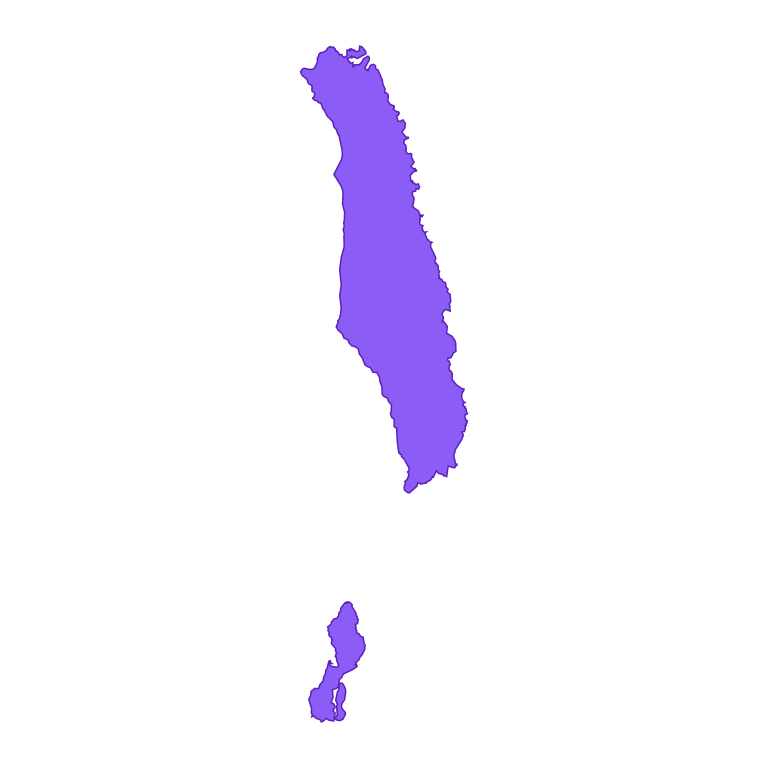 Ranongga-Simbo, Western, Solomon Islands
{"feature_id": "97153195B5229435776265", "entity_name": "Ranongga-Simbo", "entity_type": "district", "adm_level": 2, "iso_a3": "SLB", "parent_name": "Solomon Islands", "parent_adm1": "Western", "projection": "natural_earth1", "projection_center": [156.559, -8.122], "detail": "fine", "context": "isolated", "style": "filled", "palette": "violet", "viewbox_px": 768, "rotation_deg": 0, "n_neighbors": 0, "source": "geoboundaries", "source_scale": "gbopen_adm2", "svg_char_len": 6040}
<svg xmlns="http://www.w3.org/2000/svg" viewBox="0 0 768 768"><path d="M467.5,413.7L466.2,411.6L466.3,409.2L465.0,408.0L465.3,407.0L462.9,405.6L463.7,403.0L465.0,402.6L462.8,400.8L461.7,397.7L461.8,393.7L462.6,392.7L462.4,391.8L463.6,390.9L464.0,389.0L461.9,388.6L456.5,384.9L452.0,379.3L452.3,373.7L451.1,371.3L449.6,370.7L449.0,368.9L449.1,366.3L450.3,364.6L449.3,361.6L447.5,359.9L448.2,358.0L449.7,358.3L451.3,357.2L453.4,352.8L455.9,351.4L455.7,343.2L454.8,340.3L451.9,336.2L446.6,333.2L447.3,326.4L443.3,320.9L441.9,322.2L443.6,318.0L442.0,314.3L443.1,311.8L445.5,309.4L450.2,311.1L449.7,307.9L450.0,306.0L449.1,304.1L450.7,301.8L450.2,294.5L447.3,292.2L448.1,289.2L446.1,287.1L445.4,282.7L443.1,281.7L441.6,279.3L438.8,278.3L439.5,277.3L438.6,273.1L439.6,271.6L438.1,269.3L438.3,266.2L436.1,263.2L435.5,263.5L434.8,261.0L435.8,258.5L435.5,257.2L430.5,246.6L430.9,243.1L432.0,242.4L429.0,241.2L428.5,239.9L427.3,239.9L424.9,233.3L426.3,231.9L424.3,232.2L423.3,231.4L422.1,227.7L423.0,225.7L420.3,224.7L419.7,223.3L419.7,220.8L420.3,219.9L419.9,216.1L422.1,216.8L423.0,215.2L420.1,215.0L418.4,211.0L413.4,207.4L412.8,205.8L414.1,198.9L413.6,197.0L412.3,195.5L412.4,192.5L413.1,191.6L415.6,191.1L416.1,188.5L418.4,189.3L419.5,187.5L418.4,183.9L415.6,184.5L414.6,183.3L412.7,182.9L412.8,181.3L412.2,180.7L411.2,181.5L410.3,178.1L410.4,175.4L412.3,173.0L414.8,170.9L415.7,171.4L416.5,170.8L415.3,168.6L414.3,169.1L410.8,166.5L414.1,162.4L411.4,156.9L411.8,154.3L410.4,153.4L408.4,153.9L406.8,153.1L405.7,150.2L406.4,148.8L405.7,145.2L403.8,143.6L404.4,139.9L408.5,138.1L408.1,137.2L406.1,137.2L401.9,132.3L404.9,127.8L405.3,123.3L403.0,119.9L401.3,120.6L401.0,121.6L397.8,120.8L396.7,115.7L398.4,115.1L399.2,113.1L398.4,111.8L396.3,111.5L393.2,109.1L394.2,107.8L394.1,105.9L390.3,104.5L387.5,100.3L388.4,97.7L388.0,94.5L386.7,93.0L384.5,92.7L385.2,89.2L383.0,84.6L382.2,79.8L378.1,70.1L375.8,68.8L375.4,65.6L373.5,64.3L370.3,65.3L368.0,70.7L367.4,69.5L366.1,69.7L365.0,67.8L369.1,60.3L369.4,58.5L368.7,56.4L367.0,56.3L366.3,57.4L363.7,58.5L362.2,61.6L359.3,64.6L354.3,64.9L353.6,65.3L353.6,66.8L352.9,66.4L353.4,65.7L352.7,64.7L352.9,62.5L350.5,63.3L349.5,61.5L348.4,61.5L348.6,60.5L347.2,58.3L350.9,57.5L351.5,56.5L352.0,57.8L353.4,56.6L357.3,58.5L365.9,53.8L365.7,51.3L362.2,47.1L359.7,46.1L359.3,50.4L357.4,51.6L355.0,51.2L354.2,49.8L353.0,50.3L351.5,48.6L350.4,49.3L350.7,50.6L349.8,50.6L349.2,49.4L348.5,50.3L346.9,50.2L347.0,55.8L344.0,57.4L341.8,55.5L341.9,54.5L339.3,54.8L338.8,53.1L336.5,50.8L335.7,50.9L335.2,48.9L333.2,47.0L331.3,47.5L330.2,46.5L327.1,48.5L327.3,49.8L323.7,52.1L320.4,52.8L318.8,54.3L318.6,56.3L317.4,57.9L317.4,62.1L314.4,68.1L313.1,69.1L309.7,69.5L304.3,68.3L302.3,69.2L300.5,71.7L301.9,75.2L306.9,79.3L308.5,83.7L311.5,85.3L312.0,86.4L311.9,90.9L314.3,92.8L314.7,94.0L314.1,97.2L312.9,97.6L312.8,98.5L315.0,100.5L317.4,100.8L318.1,102.4L320.3,103.1L321.5,104.4L322.8,108.7L323.9,109.5L327.4,116.4L332.7,121.5L334.0,127.1L336.3,129.5L338.2,134.9L339.0,135.4L342.1,150.1L342.4,155.4L341.5,159.5L333.9,174.4L340.7,185.3L342.5,189.7L343.1,194.0L342.5,203.7L344.6,212.3L344.3,220.6L343.7,222.5L344.2,226.1L343.2,229.9L344.3,234.0L343.9,236.4L344.2,246.8L341.4,256.8L339.7,269.7L341.3,285.5L339.7,295.2L341.2,307.3L340.5,314.8L339.0,319.6L337.9,320.5L337.8,323.0L336.2,326.8L338.2,330.2L342.4,334.0L343.8,337.9L348.4,340.2L348.7,342.3L351.6,345.7L355.9,347.0L358.2,349.0L359.4,354.0L362.3,358.0L364.9,364.7L367.2,366.5L370.3,367.5L372.9,372.2L376.9,372.6L379.2,376.6L380.0,381.7L381.9,386.6L382.2,394.4L384.1,396.7L387.2,397.9L388.4,401.2L391.5,404.9L391.2,411.9L390.4,413.3L391.7,417.5L394.3,419.2L394.0,426.5L396.6,428.2L397.4,443.0L398.9,453.1L401.4,454.9L401.5,456.6L404.3,459.3L409.1,468.2L409.0,470.6L407.5,471.9L408.6,473.6L408.5,476.5L406.4,480.4L405.2,481.2L405.7,481.3L404.1,487.7L404.5,490.0L407.7,492.6L409.6,492.8L417.0,486.1L417.9,482.7L421.7,484.2L423.7,483.1L425.9,483.3L426.6,482.1L430.5,480.1L431.9,477.7L432.9,477.5L432.6,476.8L433.5,476.8L436.3,470.9L438.7,473.4L442.4,474.4L444.4,476.2L445.6,475.6L446.7,476.5L448.1,466.1L453.7,467.8L455.0,467.5L455.8,465.3L456.8,465.5L456.9,464.3L456.3,464.5L455.5,463.2L453.7,455.7L455.7,449.1L461.2,440.4L463.4,435.3L461.8,431.9L464.4,431.6L465.3,429.2L465.1,425.9L466.3,425.6L465.9,424.1L467.1,422.9L466.4,421.3L467.3,420.9L465.5,419.4L464.8,416.2L465.1,415.0L467.5,413.7ZM365.3,645.8L363.9,642.6L363.2,637.2L360.6,636.3L358.8,633.5L356.7,633.3L356.8,630.8L355.5,628.8L356.2,627.8L355.4,624.9L357.7,623.0L358.2,619.3L357.0,618.0L357.1,616.4L356.5,616.2L355.7,612.7L351.9,606.5L352.2,604.8L349.7,602.2L347.4,601.9L347.5,602.9L345.2,603.5L346.8,602.1L344.8,602.9L340.7,608.4L340.5,611.0L338.6,613.4L338.8,615.1L336.9,618.2L333.9,619.0L331.6,621.7L331.1,624.2L327.6,626.9L328.3,628.1L328.0,630.9L329.3,632.6L328.7,634.5L330.0,636.8L331.2,636.7L331.6,639.5L332.3,639.5L331.4,642.3L331.6,643.9L335.6,648.6L335.5,650.9L336.5,652.7L335.2,656.6L336.6,657.5L336.5,660.0L338.7,665.8L337.2,667.2L332.1,666.5L330.3,665.5L329.3,663.9L329.5,662.2L329.5,663.5L331.8,663.5L330.5,662.6L330.4,660.8L328.8,661.2L327.1,668.5L325.9,669.9L325.3,673.8L323.7,677.1L323.1,681.0L319.9,684.6L318.7,688.5L314.5,688.5L311.2,691.3L310.5,695.9L308.8,699.3L311.6,708.8L311.3,712.4L312.3,715.3L311.8,716.7L313.2,715.9L316.5,718.6L319.0,719.1L321.0,720.5L321.2,721.9L323.5,721.0L326.2,718.3L328.5,720.1L333.7,721.0L335.2,713.1L332.8,710.5L334.8,708.0L335.0,706.5L333.8,703.8L331.1,702.7L333.0,697.6L332.5,689.8L336.7,688.2L338.4,686.6L339.4,679.4L341.3,678.0L343.4,673.9L352.4,669.7L356.9,666.7L356.9,665.5L356.1,665.8L355.2,664.6L356.2,664.5L356.0,663.1L355.4,663.3L359.2,659.3L359.9,657.3L362.5,654.1L364.8,649.4L364.6,647.6L365.3,645.8ZM345.6,692.6L345.5,689.3L343.7,685.1L342.3,683.2L340.3,683.2L339.1,685.0L339.0,688.6L337.3,692.4L335.7,700.2L337.4,704.5L336.6,706.2L337.3,715.3L335.3,717.9L335.9,719.5L337.6,720.4L340.4,720.5L342.9,719.2L345.4,714.5L345.4,712.5L342.6,709.4L341.4,706.6L341.9,703.7L344.5,699.8L345.6,692.6Z" fill="#8b5cf6" stroke="#5b21b6" stroke-width="1.5"/></svg>